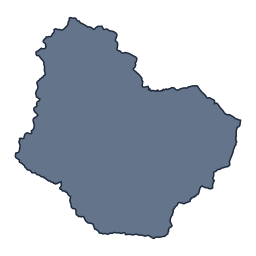 Kapong, Phangnga, Thailand (Mercator projection), rotated 90°
{"feature_id": "78962969B49834487361674", "entity_name": "Kapong", "entity_type": "district", "adm_level": 2, "iso_a3": "THA", "parent_name": "Thailand", "parent_adm1": "Phangnga", "projection": "mercator", "projection_center": [98.457, 8.749], "detail": "fine", "context": "isolated", "style": "filled", "palette": "slate", "viewbox_px": 256, "rotation_deg": 90, "n_neighbors": 0, "source": "geoboundaries", "source_scale": "gbopen_adm2", "svg_char_len": 5795}
<svg xmlns="http://www.w3.org/2000/svg" viewBox="0 0 256 256"><g transform="rotate(90 128 128)"><path d="M189.3,195.7L189.2,195.0L189.3,194.6L191.0,193.5L191.0,191.0L192.0,190.5L192.3,189.3L192.7,188.8L194.5,188.0L195.6,186.9L196.4,185.6L197.2,185.4L199.3,186.0L200.8,186.2L201.6,185.7L202.7,185.7L204.4,184.8L206.4,184.9L207.5,184.4L208.5,183.4L208.8,181.1L209.3,180.5L210.6,180.1L214.0,179.9L214.7,179.6L215.5,178.3L216.5,177.5L216.5,176.0L216.9,174.6L216.5,173.2L216.6,172.6L217.1,172.1L219.3,171.2L221.0,170.2L222.8,168.2L223.1,167.5L223.0,166.4L223.8,163.4L225.6,162.4L229.0,161.4L229.6,159.7L230.5,158.4L231.4,157.5L232.7,156.9L233.2,156.2L233.3,154.1L233.9,153.1L233.5,151.1L234.2,148.2L234.1,147.6L233.2,146.0L233.3,143.8L232.4,141.6L232.9,139.4L232.8,137.5L233.4,135.1L233.3,133.9L232.7,132.6L232.7,131.9L233.0,131.1L234.5,130.5L234.7,130.1L234.4,128.8L234.4,126.9L234.5,124.7L235.0,123.2L234.5,122.1L234.6,121.3L234.1,120.1L235.2,116.7L235.0,114.7L236.2,110.7L235.5,109.1L235.4,107.9L235.9,106.3L236.9,105.5L237.1,104.4L237.9,103.7L238.4,102.3L238.4,101.9L237.4,100.9L237.1,100.2L237.2,95.7L236.5,93.4L236.3,91.1L235.4,90.4L233.8,88.2L232.0,87.9L231.3,87.4L229.8,87.7L229.3,87.1L227.8,86.8L226.9,84.8L226.2,84.1L225.3,84.1L221.5,85.9L218.1,85.5L216.1,84.5L214.8,83.5L213.8,83.5L211.8,82.7L210.2,83.1L209.7,82.5L206.8,80.7L205.2,78.9L202.9,77.8L202.5,76.8L202.8,75.6L202.8,74.9L203.6,72.9L203.7,72.0L201.9,67.7L201.4,65.9L199.8,65.8L199.2,65.1L198.0,64.8L197.8,63.5L196.7,62.3L197.0,61.5L196.2,60.8L195.8,60.0L194.6,59.2L194.4,58.3L193.9,57.7L192.8,57.2L188.3,56.1L186.6,54.9L186.1,54.1L186.0,53.6L186.9,52.7L187.0,51.7L187.6,50.9L187.8,49.7L187.8,48.1L188.6,47.2L188.8,45.4L188.3,43.7L187.6,43.3L186.0,43.5L184.6,43.3L181.4,42.3L180.7,41.7L180.3,41.8L180.2,42.6L178.4,43.3L177.1,42.6L174.5,42.2L172.8,42.3L172.2,42.1L171.2,40.1L169.4,38.0L169.4,36.3L167.9,33.8L167.6,32.1L167.0,30.6L166.7,28.4L165.4,26.4L163.2,26.3L161.8,26.6L161.2,26.5L152.8,23.2L149.2,22.4L145.8,21.0L145.1,20.2L143.3,20.1L141.9,19.3L141.4,19.4L140.2,20.3L138.8,19.9L137.1,20.3L136.1,19.6L135.2,19.8L131.3,19.8L130.0,19.6L127.4,18.7L127.0,18.3L126.8,17.3L125.6,16.2L120.2,15.4L119.9,17.1L119.1,18.7L118.9,20.2L116.6,23.0L114.7,26.5L114.7,29.1L113.2,31.5L111.1,32.7L107.7,35.8L103.7,38.5L103.1,39.6L103.1,40.0L103.7,41.6L101.2,41.4L100.5,41.7L99.9,42.4L97.7,46.5L97.7,47.0L98.1,48.3L97.8,49.0L96.9,49.7L95.1,50.8L92.2,54.0L89.0,56.7L85.9,58.7L85.8,62.4L86.2,64.7L86.7,66.0L87.1,68.1L88.1,69.0L88.2,69.5L87.9,70.3L88.1,73.3L89.3,76.6L90.1,77.7L90.1,78.9L89.6,80.2L87.9,81.9L87.6,84.2L88.8,86.3L88.9,87.2L89.6,88.6L89.0,89.4L89.2,89.9L89.1,90.6L89.7,91.3L89.9,91.7L89.8,92.4L89.4,92.7L89.8,93.3L90.2,93.2L90.5,93.4L90.4,93.8L90.7,93.9L90.7,94.9L91.2,96.0L91.1,97.0L90.1,98.3L90.2,98.9L90.8,99.0L90.6,99.3L91.0,99.6L90.9,99.9L91.2,100.4L90.5,102.4L90.6,104.3L90.9,104.4L90.3,105.2L90.7,105.3L90.7,105.6L90.2,106.3L89.1,106.2L89.5,107.4L88.0,107.2L86.3,108.1L87.1,110.8L87.1,112.4L86.9,113.2L86.2,113.7L85.5,113.8L81.4,113.2L79.9,114.3L78.5,114.1L78.0,114.2L74.4,117.2L74.2,117.8L73.5,118.0L73.0,119.1L72.3,119.5L70.0,122.4L69.5,122.8L68.9,122.7L67.0,121.0L65.6,120.4L64.8,120.3L62.8,120.8L61.8,119.8L59.9,119.3L58.9,119.2L58.0,119.4L57.0,120.4L53.5,126.9L52.5,130.6L53.1,132.7L53.0,133.8L52.3,134.9L50.9,136.1L50.6,137.7L49.8,138.8L49.0,139.1L45.3,138.3L43.4,138.4L42.4,138.7L41.1,140.2L40.3,140.6L39.2,140.5L36.4,139.3L35.1,139.1L34.1,139.3L33.1,140.1L32.1,141.5L31.3,143.2L31.1,144.6L30.5,147.0L29.1,148.8L29.0,149.7L29.4,150.5L29.3,152.5L26.2,154.1L26.4,156.7L26.3,158.2L27.2,159.6L29.4,161.9L29.4,162.5L27.8,164.2L26.8,166.6L27.0,168.5L26.2,169.3L24.4,172.2L24.1,173.1L23.5,173.8L23.3,175.1L21.8,176.4L21.1,176.7L21.0,178.0L20.6,178.8L18.6,180.1L18.2,180.4L18.0,181.6L18.3,183.1L17.7,185.0L17.6,186.0L17.9,186.6L18.3,186.8L19.9,186.6L22.1,187.8L25.0,188.2L28.9,192.0L29.7,193.2L30.1,194.4L29.5,196.3L29.6,197.8L28.8,200.3L28.9,200.9L29.5,201.9L31.5,201.8L32.2,202.0L33.0,202.6L33.7,203.6L34.7,203.9L36.6,205.2L36.8,206.0L36.5,207.0L37.0,208.2L36.9,209.9L38.3,210.2L38.8,211.1L39.4,211.8L40.6,212.6L41.3,212.9L42.2,212.5L43.6,210.8L44.2,210.3L45.6,210.5L46.5,210.0L47.0,210.0L48.4,210.9L48.9,213.3L48.3,214.5L48.3,214.9L50.7,217.6L51.5,219.3L52.1,220.0L54.2,219.9L55.2,219.5L55.7,218.7L55.5,217.7L56.4,216.4L57.5,215.9L59.4,214.3L60.9,212.8L61.6,212.4L62.3,212.2L64.6,212.1L67.0,211.4L70.7,211.7L71.7,211.1L73.2,211.0L74.1,210.6L74.9,210.8L75.6,212.3L77.0,213.0L77.4,214.0L78.3,214.8L78.8,215.9L80.0,216.5L81.0,218.0L81.8,218.7L82.8,219.2L86.3,218.2L87.6,218.0L89.5,218.7L91.2,219.8L93.6,220.4L94.9,219.8L96.9,219.6L97.6,218.3L98.4,217.6L98.8,216.3L99.5,216.1L100.6,216.7L101.5,218.3L102.0,218.8L103.6,219.4L106.1,219.2L107.7,221.6L108.4,222.1L109.5,222.2L110.8,221.9L112.1,221.0L114.2,218.7L114.8,218.3L115.3,218.2L117.1,220.1L118.1,222.1L119.4,222.8L120.9,222.9L124.6,221.9L126.5,221.8L128.1,222.1L128.8,222.5L130.0,223.4L130.9,224.7L132.9,224.2L133.2,224.3L133.5,224.8L133.7,226.0L132.9,228.3L132.9,229.2L133.9,230.7L135.0,231.4L138.2,232.2L138.5,233.0L138.3,236.0L138.5,236.4L140.1,236.3L141.3,237.0L142.0,237.1L144.7,236.1L145.9,235.9L151.6,236.9L152.6,238.0L152.9,239.7L153.2,240.3L155.7,240.6L156.6,240.6L157.5,240.2L159.2,237.9L159.8,236.7L161.6,236.7L162.2,236.4L163.6,233.7L164.5,233.1L164.7,232.6L165.5,231.7L167.4,230.9L167.9,230.1L169.4,229.0L169.8,228.4L170.5,226.0L171.3,224.9L172.3,224.5L172.7,224.1L172.9,223.2L172.7,220.8L174.6,219.1L175.1,216.7L176.8,214.6L176.9,212.4L178.0,211.8L178.2,210.7L179.3,209.6L180.8,207.5L180.9,207.1L180.7,206.3L181.7,205.5L182.5,202.9L183.3,202.4L183.2,201.6L184.0,200.7L184.0,200.2L183.5,199.7L183.6,198.8L182.2,196.5L181.9,194.8L183.6,195.0L185.0,194.4L187.1,195.5L187.5,196.1L188.6,196.1L189.3,195.7Z" fill="#64748b" stroke="#1e293b" stroke-width="1.5"/></g></svg>